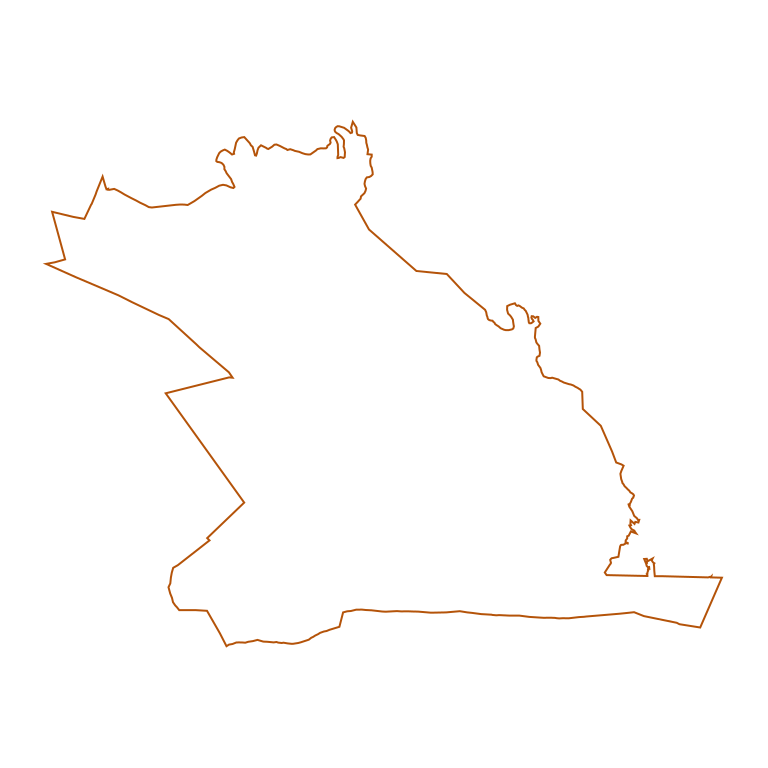 San Pedro Ixcatlán, Oaxaca, Mexico (Mercator projection)
{"feature_id": "50627088B26747164126633", "entity_name": "San Pedro Ixcatlán", "entity_type": "district", "adm_level": 2, "iso_a3": "MEX", "parent_name": "Mexico", "parent_adm1": "Oaxaca", "projection": "mercator", "projection_center": [-96.535, 18.166], "detail": "fine", "context": "isolated", "style": "outline", "palette": "amber", "viewbox_px": 768, "rotation_deg": 0, "n_neighbors": 0, "source": "geoboundaries", "source_scale": "gbopen_adm2", "svg_char_len": 6116}
<svg xmlns="http://www.w3.org/2000/svg" viewBox="0 0 768 768"><path d="M700.2,627.5L721.9,577.7L711.0,577.4L711.2,576.6L711.0,576.8L709.8,576.9L708.1,577.4L662.3,576.2L654.8,576.2L654.3,570.9L654.1,566.5L653.8,564.3L654.4,563.3L653.1,562.5L651.7,560.4L652.6,558.5L647.7,561.2L646.8,558.8L644.2,559.0L645.5,562.2L646.6,561.5L647.0,563.1L646.2,564.0L646.7,565.9L647.9,567.2L649.1,567.0L649.3,568.6L648.6,568.4L648.1,568.8L647.9,569.8L648.3,570.1L647.4,572.6L647.4,573.6L646.8,574.0L647.4,575.1L647.4,576.0L606.6,575.1L604.8,572.5L609.7,564.9L610.5,563.9L611.0,562.9L610.2,559.9L611.0,558.8L611.8,558.2L613.5,557.9L618.4,556.8L620.1,546.4L620.8,545.1L621.7,544.8L623.3,544.8L625.4,543.6L625.5,542.7L627.7,543.5L627.8,543.1L625.6,542.0L625.7,540.4L627.2,538.5L627.2,536.3L628.7,535.7L630.9,531.4L632.0,531.9L636.1,533.4L634.5,531.2L634.4,530.7L631.6,529.2L630.4,527.5L629.4,525.5L631.0,525.2L630.4,523.8L630.6,520.4L634.5,523.9L635.3,521.9L638.4,522.5L639.2,519.9L637.9,519.9L637.0,518.3L634.2,515.9L632.3,511.2L629.3,506.7L628.3,503.5L629.8,506.3L629.6,505.0L630.0,503.5L630.9,501.9L632.1,498.7L633.3,497.6L633.5,496.5L634.0,495.7L633.5,494.5L632.3,493.5L630.4,492.4L629.2,490.6L627.9,489.5L626.4,487.9L624.6,486.2L623.6,484.4L622.3,482.8L622.3,482.1L621.2,479.1L620.4,473.8L621.4,470.8L622.0,469.5L623.6,465.7L621.4,464.4L616.2,462.5L612.1,451.6L600.8,425.8L582.8,409.0L582.2,391.8L580.8,390.1L579.8,389.2L578.8,388.7L577.7,387.9L575.3,386.7L573.5,385.5L570.8,384.5L569.1,384.2L563.7,382.5L561.7,381.4L560.1,380.8L558.4,379.5L552.1,377.7L550.8,378.1L548.3,378.0L543.7,376.3L543.2,375.4L541.6,372.2L541.1,370.0L540.4,367.9L538.1,364.8L537.3,362.2L536.5,361.0L536.4,360.0L536.8,357.4L537.5,356.7L539.5,355.8L540.0,352.6L539.5,349.6L539.1,345.8L537.6,344.1L536.4,342.5L535.6,339.3L535.0,338.0L534.9,337.0L535.7,328.0L538.3,326.6L540.3,323.7L538.4,320.9L538.3,317.0L537.0,316.8L535.2,317.9L533.2,316.3L531.7,316.2L531.4,317.5L531.9,318.8L532.9,320.0L533.6,321.4L531.4,323.1L530.3,323.3L529.3,323.2L528.7,321.9L528.7,320.7L528.5,320.2L528.3,317.7L528.0,317.0L527.6,314.7L525.7,310.8L524.8,310.0L523.7,308.4L522.0,307.7L519.9,306.1L518.5,305.4L517.2,305.9L516.0,305.1L514.9,303.3L510.1,304.7L507.2,306.1L507.1,309.9L508.1,313.6L510.1,315.5L511.2,316.9L512.9,319.7L513.1,321.6L513.6,325.0L513.9,326.2L513.4,328.2L512.8,328.9L511.9,329.4L508.8,330.1L505.6,330.1L503.9,329.7L500.6,328.2L498.6,326.4L496.8,325.3L495.2,324.1L494.4,322.6L493.5,322.0L492.5,320.7L491.2,320.6L489.3,320.1L488.1,319.2L487.6,318.1L487.4,316.9L486.8,315.5L486.2,312.2L485.1,309.8L464.4,292.9L446.8,274.0L416.4,271.0L369.0,229.5L355.1,204.6L357.6,202.0L359.1,200.3L360.6,198.7L361.0,196.4L364.4,193.2L365.5,190.9L366.1,188.6L365.1,186.3L364.5,183.9L364.9,181.5L365.6,179.1L366.8,177.4L369.3,177.0L371.1,176.0L372.7,174.4L372.6,172.1L371.7,167.6L370.7,165.8L370.3,163.3L370.2,160.8L370.6,158.4L371.7,156.7L371.7,154.6L367.5,154.2L368.1,149.6L367.4,147.3L366.9,144.9L366.3,142.8L366.2,140.4L365.7,137.9L364.6,136.0L360.0,135.4L357.7,134.9L356.8,133.0L356.4,127.5L352.8,121.8L351.1,127.7L352.2,131.3L352.0,132.6L350.5,133.1L349.7,132.1L348.0,130.6L344.1,127.8L339.3,126.3L337.6,126.2L336.1,127.1L335.1,128.2L334.6,129.9L334.9,131.2L335.5,132.1L336.9,133.2L338.6,134.1L341.6,136.8L343.5,139.3L344.0,140.4L343.9,144.1L343.6,146.8L344.2,148.2L345.0,152.4L344.9,153.4L344.7,157.0L343.6,157.9L340.5,157.1L338.8,157.9L337.5,158.1L337.5,157.0L338.2,154.9L337.8,144.3L336.8,141.6L335.9,139.9L334.1,137.1L331.7,137.4L330.7,138.7L330.1,140.5L330.6,142.7L329.8,144.1L328.2,145.2L327.3,146.0L327.1,147.4L326.0,148.3L323.5,148.4L320.8,148.3L317.4,149.1L316.1,150.4L310.4,154.4L308.3,154.5L305.3,154.1L302.4,153.2L299.1,151.8L294.9,150.9L293.3,150.2L290.2,149.2L287.4,150.0L286.4,149.1L284.4,148.3L280.0,146.0L276.5,144.5L274.4,144.7L272.1,146.7L268.3,149.0L267.1,148.6L266.2,147.9L261.0,145.3L258.5,147.7L257.5,150.4L256.9,153.4L256.1,155.6L255.0,155.3L254.1,151.8L252.6,146.8L250.9,145.3L249.8,143.2L244.3,137.1L241.5,137.5L238.9,138.5L237.5,140.3L236.1,142.7L234.7,149.3L233.8,152.4L234.1,153.8L232.0,154.5L229.6,152.5L227.3,150.9L224.8,149.6L222.6,150.5L220.7,151.6L219.2,153.1L217.2,157.2L216.4,159.6L216.3,161.1L217.3,161.9L219.5,162.2L221.6,163.0L223.4,164.7L224.4,166.8L224.4,169.2L225.7,171.2L226.6,173.2L231.1,179.1L232.1,182.0L233.2,183.9L234.5,186.9L233.4,188.0L230.5,187.3L226.4,185.4L223.0,184.8L219.2,185.7L215.1,187.9L211.2,189.6L205.4,193.0L201.9,195.8L194.4,201.1L187.7,205.0L184.3,204.6L180.6,204.5L176.0,204.8L151.9,207.5L148.8,207.1L145.4,205.2L140.1,202.7L136.1,200.5L131.3,198.1L124.5,194.5L121.1,192.4L117.7,190.5L114.2,188.9L109.4,189.8L108.0,189.7L108.1,188.8L106.5,189.3L105.5,186.6L102.6,176.6L96.6,191.5L95.6,194.5L91.6,204.1L91.2,204.5L84.4,218.9L73.3,216.9L52.1,211.8L65.1,259.4L54.8,262.3L46.1,263.9L76.1,277.3L118.4,295.3L131.7,302.0L159.0,315.0L168.7,319.1L196.2,344.2L199.4,347.3L228.9,372.3L232.6,377.7L229.1,377.4L165.7,393.3L244.2,502.6L207.2,538.1L209.5,540.4L177.8,565.2L173.2,567.8L171.8,572.6L170.9,577.5L170.3,583.4L168.5,587.2L170.2,593.5L172.0,597.9L173.0,602.2L175.2,605.4L176.9,607.2L179.2,610.1L195.1,610.1L207.0,610.8L219.9,633.3L226.5,646.2L229.0,644.6L232.5,644.0L236.3,642.5L238.9,642.4L242.6,642.5L245.3,642.7L248.2,641.8L252.9,641.1L257.5,639.9L263.3,641.6L267.6,641.8L273.7,642.4L276.5,642.0L278.2,642.6L281.7,643.0L283.5,642.7L287.6,643.4L291.4,643.8L293.0,643.8L298.2,643.0L300.8,642.3L308.8,639.7L311.2,637.8L313.3,636.8L315.1,635.6L318.2,634.1L320.0,632.9L323.9,631.5L326.6,631.0L329.5,629.8L339.4,626.8L343.1,612.4L347.2,611.3L350.9,611.0L356.1,609.7L361.9,609.6L365.7,610.0L371.5,610.3L382.0,611.5L385.6,611.7L397.0,611.1L401.2,611.4L407.6,611.3L412.8,611.5L418.0,611.6L431.0,612.7L446.1,612.4L459.8,611.2L467.3,612.4L472.1,612.9L481.2,614.1L491.6,614.7L492.1,614.9L496.4,615.3L499.1,615.1L509.4,615.6L519.3,615.6L529.3,616.9L540.2,617.6L543.7,617.8L550.3,617.7L555.0,617.9L556.8,618.2L559.2,618.4L562.9,618.2L568.6,618.3L578.9,617.1L584.0,616.8L586.4,616.5L599.6,615.4L619.8,613.7L626.7,613.0L634.1,612.2L643.9,616.1L676.8,622.8L679.4,624.2L700.2,627.5Z" fill="none" stroke="#b45309" stroke-width="2"/></svg>